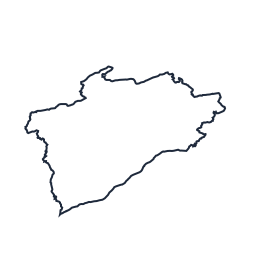 Yinmarbin, Sagaing, Myanmar (Equal Earth projection), rotated 74°
{"feature_id": "60261553B62517193175445", "entity_name": "Yinmarbin", "entity_type": "district", "adm_level": 2, "iso_a3": "MMR", "parent_name": "Myanmar", "parent_adm1": "Sagaing", "projection": "equal_earth", "projection_center": [94.702, 22.309], "detail": "fine", "context": "isolated", "style": "outline", "palette": "slate", "viewbox_px": 256, "rotation_deg": 74, "n_neighbors": 0, "source": "geoboundaries", "source_scale": "gbopen_adm2", "svg_char_len": 5760}
<svg xmlns="http://www.w3.org/2000/svg" viewBox="0 0 256 256"><g transform="rotate(74 128 128)"><path d="M86.5,216.4L87.1,217.2L87.2,217.7L88.4,217.9L88.5,218.2L89.1,218.2L89.8,219.2L90.2,219.4L90.7,219.2L91.9,219.6L92.6,219.4L93.6,220.2L94.3,221.9L96.2,223.0L97.2,224.2L98.2,224.7L98.5,225.4L98.7,226.3L99.6,226.2L100.0,226.7L101.1,226.6L101.5,226.0L103.5,225.8L104.5,226.0L105.4,225.3L105.0,220.9L105.5,219.5L105.5,218.5L105.0,216.6L106.1,215.2L107.2,215.8L108.2,217.2L110.4,217.0L110.9,216.6L111.7,216.6L112.4,217.6L112.7,217.5L113.4,215.4L114.4,215.5L114.9,214.8L114.8,214.1L115.0,214.1L114.5,213.1L114.9,212.5L115.8,211.9L116.2,212.0L116.4,212.3L118.1,212.3L118.3,212.1L118.7,212.0L119.1,211.6L119.3,211.2L120.0,211.1L120.4,210.8L121.1,210.7L121.8,210.1L123.2,211.6L124.4,211.6L125.5,212.0L127.0,212.8L127.3,213.2L127.8,213.4L127.8,213.6L128.6,213.3L128.6,212.9L129.0,213.1L129.1,213.4L129.4,213.7L129.4,213.9L129.9,214.0L130.6,214.7L130.4,214.9L130.7,215.3L131.5,215.4L131.7,215.2L131.7,215.4L132.2,215.4L132.3,215.6L132.6,215.3L132.7,216.1L133.2,216.1L133.5,216.9L134.4,218.4L135.0,218.5L136.1,217.8L136.8,217.6L137.2,217.8L137.1,216.3L137.2,215.9L138.3,216.3L138.8,216.0L139.7,214.7L142.6,213.8L144.6,213.8L145.2,213.5L146.4,213.4L146.9,213.3L146.9,213.1L147.3,213.0L148.1,212.2L149.5,211.6L150.9,211.7L151.3,211.9L152.1,213.4L154.3,214.7L156.2,216.4L159.0,217.5L159.8,217.0L160.8,217.4L166.1,217.6L166.9,218.1L167.5,218.8L168.1,219.0L171.6,217.6L172.3,217.5L173.0,218.1L173.4,218.2L173.7,217.9L173.8,216.3L174.2,216.0L174.6,216.1L175.3,217.8L175.9,218.1L175.9,217.3L176.3,216.8L176.9,216.7L178.3,217.0L179.7,214.7L180.3,214.2L180.9,213.9L181.7,214.1L183.1,213.5L184.9,214.0L186.4,213.2L188.1,214.3L188.3,215.4L189.1,215.8L190.9,216.4L192.4,217.2L192.0,216.5L191.9,215.1L191.6,213.6L191.3,212.9L191.0,210.1L190.8,210.1L190.6,207.9L190.2,206.4L189.1,203.8L189.2,199.4L189.4,198.2L188.3,196.2L188.1,195.5L188.2,193.8L188.7,192.4L188.8,191.8L188.4,190.1L188.5,188.1L188.3,186.0L188.9,184.4L189.1,180.8L189.6,178.2L189.6,175.3L189.9,172.3L189.2,169.7L186.8,165.6L184.9,163.7L183.6,160.9L182.2,158.7L181.1,157.5L180.8,155.6L180.6,151.3L180.6,150.0L180.8,149.3L180.6,148.5L180.0,146.3L178.2,144.0L177.8,142.8L177.3,142.2L176.3,140.2L174.9,138.2L174.4,135.8L173.7,129.0L173.1,127.3L172.1,126.0L169.4,123.8L169.2,123.0L168.9,122.7L168.5,122.7L167.3,120.5L166.9,118.5L166.8,116.8L166.5,115.7L164.9,112.1L164.0,111.5L163.6,110.7L162.3,108.8L162.3,107.3L161.5,104.6L160.5,102.1L160.3,101.2L160.3,100.5L160.7,100.0L161.0,96.2L161.5,94.1L162.2,92.1L162.5,90.2L162.7,85.8L164.1,84.2L164.4,82.9L166.1,78.2L164.6,75.9L163.9,75.0L162.7,74.3L162.3,73.0L161.6,71.9L162.5,70.6L163.4,70.5L162.6,69.5L162.7,69.0L163.8,69.0L164.0,68.5L163.5,67.8L163.0,67.5L161.7,68.3L161.4,68.1L161.7,67.2L161.5,66.4L159.9,65.9L159.7,65.1L160.1,63.7L159.8,63.3L159.2,63.0L158.2,61.7L158.0,61.0L158.3,60.4L157.6,59.6L157.5,57.3L156.9,56.8L156.4,56.0L155.8,55.3L155.2,55.2L155.0,56.6L154.6,57.4L153.9,57.6L151.9,60.6L150.7,60.3L149.1,62.1L148.7,62.1L148.3,61.7L148.1,61.1L147.7,60.3L147.7,58.3L147.6,57.6L147.3,57.2L146.2,57.2L145.4,56.3L145.3,55.9L144.8,55.5L143.8,55.5L143.6,53.3L144.1,52.6L144.2,49.9L144.6,49.4L145.1,48.3L145.1,46.8L144.9,46.7L144.6,45.7L144.2,45.2L144.4,44.4L143.7,44.2L143.0,43.5L142.4,43.7L142.0,43.4L141.4,43.7L141.2,42.9L140.4,41.7L139.4,40.9L138.7,40.8L137.2,41.6L136.5,41.4L136.1,41.0L137.1,39.7L137.2,39.3L136.9,39.0L138.3,38.7L138.7,36.8L138.1,32.1L137.7,30.9L135.9,29.3L134.5,29.3L134.0,29.8L133.9,30.3L132.5,31.3L131.8,31.8L130.5,32.1L128.6,33.3L127.4,33.9L125.5,32.0L124.6,31.6L124.4,30.7L124.0,30.4L120.0,30.7L119.4,31.3L119.1,33.6L118.7,37.0L118.4,37.2L118.3,40.1L117.7,43.2L117.7,43.9L116.9,47.1L117.3,47.7L117.1,48.8L116.8,48.9L116.7,49.1L116.5,50.4L116.6,51.0L116.5,51.6L116.8,52.5L116.6,54.4L116.4,54.8L116.6,55.4L116.4,55.7L114.3,56.9L114.1,56.5L113.8,56.5L113.5,57.2L113.0,57.5L112.7,57.1L111.8,57.1L111.4,57.3L110.9,57.3L110.5,56.9L110.3,56.1L109.8,55.4L109.1,55.1L108.5,55.2L107.8,55.8L106.0,57.0L104.9,58.0L103.7,58.3L103.5,58.9L101.8,60.2L101.8,60.7L100.0,63.3L99.4,63.4L98.6,63.3L98.5,63.0L97.5,62.6L96.3,62.8L95.4,63.5L94.9,64.4L94.5,64.5L94.1,65.2L94.8,65.6L95.4,65.2L95.8,65.4L97.0,65.1L97.8,66.2L97.7,67.1L97.3,67.8L97.3,68.9L97.6,69.4L97.3,70.1L95.6,71.0L94.2,71.2L93.6,71.6L93.3,70.6L92.9,70.0L91.8,70.3L91.3,71.5L90.7,71.6L89.6,69.9L89.1,69.9L88.1,70.4L88.0,73.2L87.6,73.7L86.7,74.3L85.5,74.5L85.4,76.6L86.0,78.2L86.0,80.4L85.4,82.6L85.9,83.5L86.4,85.0L86.4,89.7L86.3,89.8L87.4,96.6L87.4,97.8L88.0,100.0L87.8,103.0L88.2,104.9L88.1,106.3L87.8,107.6L87.1,108.2L84.5,108.5L83.2,109.0L82.5,109.5L81.7,111.2L81.4,112.4L81.2,115.8L80.8,116.6L80.5,118.0L79.4,122.9L79.2,125.1L78.7,126.9L78.8,130.1L78.3,131.2L76.8,132.2L75.8,135.6L75.0,136.5L73.1,136.7L72.9,137.0L72.4,136.9L72.0,136.4L71.8,138.5L69.6,138.0L69.2,137.4L69.9,135.2L68.4,132.0L68.3,130.4L68.0,129.8L67.8,128.4L66.8,126.8L66.1,126.3L65.4,126.8L63.6,129.6L63.6,130.4L64.6,132.3L64.7,134.4L65.1,138.5L65.6,139.3L66.6,140.5L66.5,141.9L66.0,144.3L66.8,147.4L67.2,150.2L68.3,152.6L69.6,154.4L70.3,156.1L70.8,157.6L70.9,160.4L72.8,160.8L73.4,160.3L74.0,159.1L74.8,158.9L75.5,159.8L77.1,160.6L77.2,161.6L78.3,162.0L79.1,162.8L79.4,163.7L79.7,164.1L80.5,163.5L81.1,162.7L81.6,163.2L82.0,163.8L82.7,164.0L83.1,163.5L83.8,163.5L84.9,162.8L85.6,161.7L86.6,161.4L87.0,160.5L87.6,160.4L88.8,165.7L88.7,166.6L88.1,168.6L88.3,171.4L89.8,173.5L90.2,174.8L90.1,175.9L90.3,176.9L90.2,179.6L89.8,180.1L88.5,180.4L87.9,181.1L86.5,185.9L86.4,187.2L86.6,188.4L87.3,189.5L88.0,191.4L88.8,192.5L88.8,193.0L88.1,196.7L88.3,198.0L88.7,198.8L87.9,200.4L87.9,202.5L87.4,207.5L86.6,210.2L86.8,211.8L87.4,211.9L87.0,213.1L87.0,215.0L86.4,215.8L86.5,216.4Z" fill="none" stroke="#1e293b" stroke-width="2"/></g></svg>